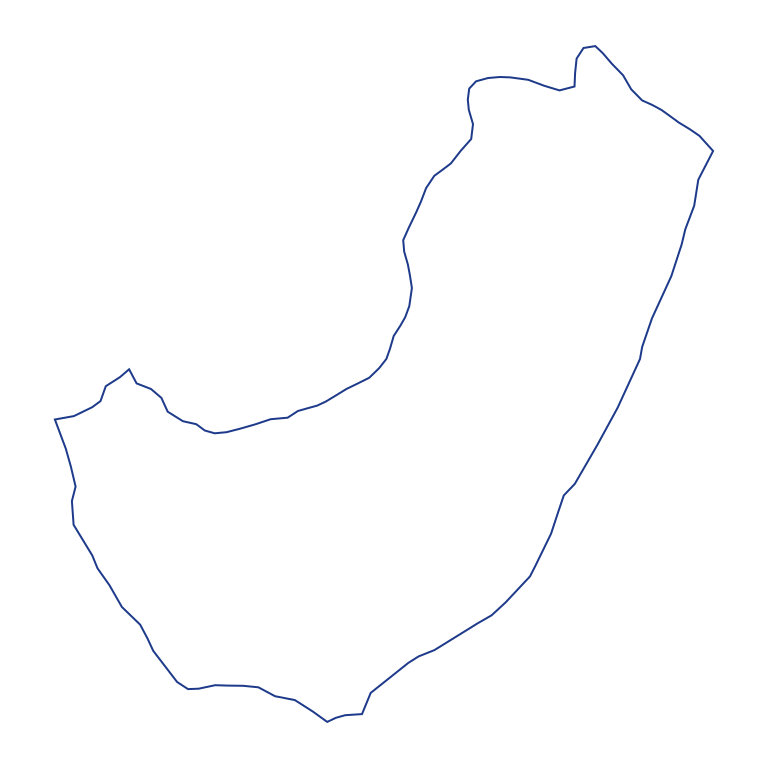 the district of Fronteira, Minas Gerais, Brazil
{"feature_id": "56859067B13167953379516", "entity_name": "Fronteira", "entity_type": "district", "adm_level": 2, "iso_a3": "BRA", "parent_name": "Brazil", "parent_adm1": "Minas Gerais", "projection": "albers", "projection_center": [-49.164, -20.219], "detail": "fine", "context": "isolated", "style": "outline", "palette": "blue", "viewbox_px": 768, "rotation_deg": 0, "n_neighbors": 0, "source": "geoboundaries", "source_scale": "gbopen_adm2", "svg_char_len": 1623}
<svg xmlns="http://www.w3.org/2000/svg" viewBox="0 0 768 768"><path d="M713.1,151.0L699.5,135.9L689.6,129.1L678.6,122.4L670.7,116.6L661.4,109.9L652.1,104.9L642.1,100.4L631.2,89.3L623.1,75.3L611.9,63.8L602.8,53.2L595.3,46.1L583.5,48.0L576.6,58.6L575.1,73.1L574.5,86.5L559.5,90.4L544.3,85.8L528.2,79.8L510.4,77.4L500.0,77.0L488.1,78.0L476.1,81.3L469.2,88.6L467.8,99.7L468.8,109.8L473.0,124.1L471.2,139.0L460.8,150.7L450.9,163.4L442.6,169.7L434.3,175.8L426.1,188.1L420.9,201.7L416.2,212.3L408.7,227.9L403.2,240.2L404.2,251.7L407.9,264.6L409.9,275.2L411.9,288.0L409.3,306.1L405.2,317.2L400.4,325.6L393.7,336.0L390.0,348.7L386.4,358.9L379.1,368.2L369.3,377.7L356.7,384.0L346.4,389.0L336.0,395.4L325.9,401.5L317.2,405.6L307.8,408.2L297.9,411.0L287.6,417.7L270.7,419.2L255.1,424.4L239.7,428.8L226.5,432.2L214.7,433.3L204.8,430.5L196.3,424.2L182.9,421.2L167.7,411.7L161.4,397.9L151.0,389.0L136.6,383.4L129.1,369.3L120.0,377.1L105.8,386.2L100.5,401.1L92.2,407.2L73.9,416.1L54.9,419.5L65.8,448.7L70.9,466.7L75.6,486.6L71.9,501.0L73.6,524.8L92.3,555.5L97.5,568.3L109.5,585.3L121.9,607.0L140.2,624.7L147.5,638.5L153.2,650.8L177.1,682.0L188.0,689.1L198.6,688.7L215.2,685.2L228.2,685.6L243.2,685.8L258.4,687.3L275.0,696.2L294.9,700.1L313.2,711.8L327.2,721.9L335.9,717.8L345.2,715.2L362.0,714.1L370.7,692.9L408.3,662.9L418.6,656.4L434.4,650.1L478.0,623.1L491.6,615.3L505.6,602.4L530.0,576.4L535.4,565.8L551.1,533.6L558.2,512.0L563.8,495.4L574.8,483.9L597.3,445.0L617.6,407.8L640.0,359.0L642.2,346.8L652.0,318.3L671.3,276.2L681.6,244.6L685.3,229.3L694.2,205.7L698.3,179.7L713.1,151.0Z" fill="none" stroke="#1e3a8a" stroke-width="2"/></svg>